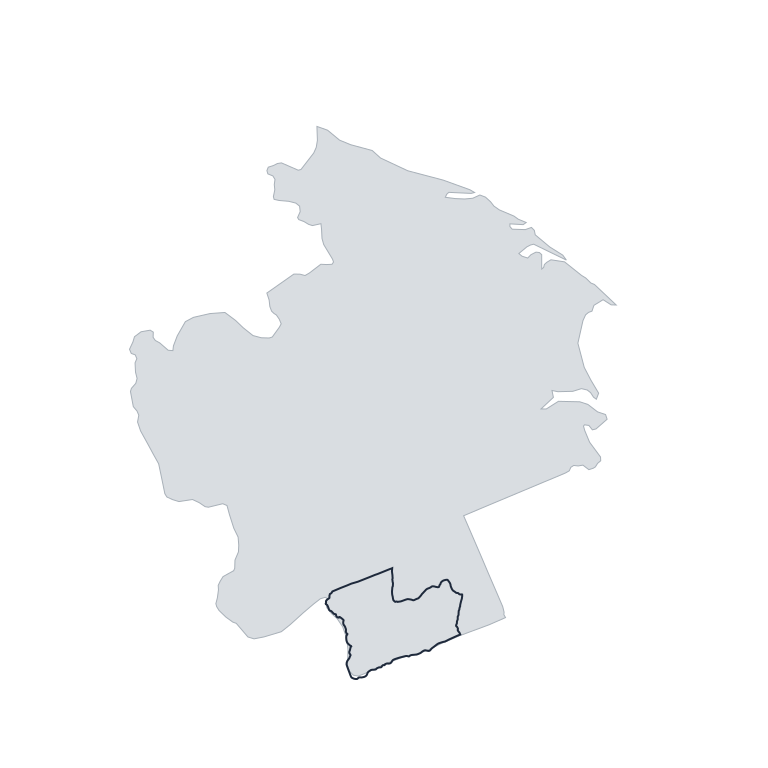 Haut-Ntem, Wouleu-Ntem, Gabon (highlighted), rotated 157°
{"feature_id": "22940354B67631152101375", "entity_name": "Haut-Ntem", "entity_type": "district", "adm_level": 2, "iso_a3": "GAB", "parent_name": "Gabon", "parent_adm1": "Wouleu-Ntem", "projection": "orthographic", "projection_center": [12.589, 1.764], "detail": "fine", "context": "in_parent", "style": "outline", "palette": "slate", "viewbox_px": 768, "rotation_deg": 157, "n_neighbors": 0, "source": "geoboundaries", "source_scale": "gbopen_adm2", "svg_char_len": 7836}
<svg xmlns="http://www.w3.org/2000/svg" viewBox="0 0 768 768"><g transform="rotate(157 384 384)"><path d="M528.0,133.2L527.6,139.2L520.9,153.7L517.7,164.8L516.9,176.7L518.8,186.3L522.0,193.1L524.1,200.6L522.5,205.8L519.3,208.0L521.5,210.6L526.4,211.2L534.7,209.0L547.5,205.0L564.2,199.2L575.3,196.1L593.4,198.1L603.2,200.2L608.1,204.3L613.5,221.4L616.2,223.9L620.6,231.2L624.3,239.9L625.0,244.4L624.6,247.5L620.9,252.3L616.8,259.2L615.3,263.4L611.8,266.5L607.4,269.6L595.3,270.9L593.4,272.7L590.0,280.1L583.6,286.3L580.7,292.3L578.1,300.1L578.6,309.9L577.3,324.0L576.0,333.5L579.2,336.8L593.8,339.2L596.6,341.0L600.4,346.9L605.4,352.5L618.7,355.9L623.8,360.2L628.0,364.8L628.6,368.6L625.5,383.9L622.6,398.6L623.8,409.7L624.8,420.4L626.4,435.9L625.7,445.3L621.9,451.1L621.9,455.6L623.6,461.1L620.3,476.2L618.2,478.7L612.2,481.6L609.1,485.6L608.1,492.0L604.9,500.7L601.6,503.9L601.6,508.0L604.7,510.9L604.7,515.4L598.7,520.8L595.2,525.0L587.2,527.0L578.2,524.9L576.1,521.9L578.3,517.2L577.5,513.4L574.4,509.5L569.5,499.4L565.3,497.2L562.9,501.4L555.5,509.1L542.5,519.0L533.4,519.8L516.6,516.8L502.5,512.0L495.8,500.5L491.7,490.9L485.7,479.8L478.9,474.5L471.7,471.2L468.5,470.9L458.2,477.1L455.1,479.6L455.1,484.7L456.1,489.6L457.7,491.9L459.0,495.0L458.8,499.9L456.9,506.3L456.3,513.5L424.0,520.4L418.4,517.9L414.3,514.7L409.4,515.3L395.4,518.9L390.2,516.4L385.1,514.5L382.8,516.0L382.6,519.1L385.0,535.9L384.2,542.2L381.1,550.6L379.4,556.2L388.0,557.8L391.1,560.5L394.1,564.7L398.2,568.6L398.5,571.0L393.8,575.4L392.2,580.7L394.5,585.0L400.3,589.4L408.8,593.9L413.0,596.9L412.6,599.7L408.6,605.5L407.1,610.4L404.4,614.9L405.0,619.0L408.8,622.8L408.4,626.2L405.8,628.8L400.5,628.3L396.0,628.6L392.0,627.6L379.4,614.3L376.6,613.9L358.4,624.1L353.9,628.3L350.1,634.3L345.1,647.3L336.8,639.7L329.6,625.8L321.2,617.3L303.6,603.5L298.9,593.4L278.8,571.0L249.9,548.6L229.0,529.2L225.8,524.9L229.3,525.4L249.5,535.1L252.2,534.1L254.6,531.9L245.9,526.8L237.5,522.8L229.7,520.3L221.9,520.5L217.6,516.4L214.7,510.1L213.3,504.8L209.8,499.2L198.7,487.7L196.0,483.2L190.0,477.1L193.6,476.3L205.5,482.2L206.6,479.8L205.5,476.4L193.6,470.9L187.1,470.5L185.6,466.7L186.5,462.2L177.9,445.4L169.1,432.8L167.7,426.8L191.6,454.2L194.8,454.7L199.0,454.4L208.9,451.4L207.0,447.7L202.5,443.8L198.2,445.6L192.6,446.0L189.6,444.3L188.3,441.5L193.9,428.2L191.5,428.9L189.7,431.3L186.6,432.4L181.8,433.1L170.1,425.9L159.7,406.7L156.9,402.8L154.1,396.1L151.4,393.4L139.4,366.0L144.0,368.1L149.4,376.0L160.0,374.4L164.1,369.8L167.7,370.0L171.4,368.9L176.1,364.6L189.6,345.8L193.2,321.0L192.0,306.3L190.0,291.7L194.5,287.0L196.3,290.1L197.2,295.3L199.3,299.1L204.1,302.6L213.1,303.5L227.0,309.0L231.9,312.4L233.3,305.5L249.2,299.7L244.4,297.6L230.2,299.9L210.7,291.1L204.3,285.5L198.3,274.9L192.0,269.3L192.4,264.4L206.4,259.8L210.1,260.4L211.6,265.8L215.4,268.1L216.8,267.3L217.4,262.7L217.5,250.1L213.2,232.2L214.5,228.7L218.4,227.5L221.8,225.1L224.2,224.7L228.9,225.1L231.3,229.3L232.6,231.6L237.3,232.7L241.2,234.9L244.6,234.3L247.4,231.7L251.6,231.2L264.3,231.2L275.8,231.3L298.8,231.4L321.8,231.5L344.8,231.6L362.2,231.6L362.1,221.4L362.0,205.6L361.9,186.9L361.9,168.9L361.8,152.3L361.7,132.7L362.6,127.1L363.8,124.8L363.4,121.5L381.2,121.3L413.4,122.8L427.5,122.6L431.5,122.8L449.1,121.9L463.3,123.1L469.4,124.5L474.9,125.2L491.9,126.0L514.2,125.0L521.8,125.2L526.0,127.9L528.0,133.2Z" fill="#d9dde1" stroke="#a8b0b8" stroke-width="1"/><path d="M394.3,159.7L394.5,159.9L395.1,160.1L395.9,160.4L396.4,160.7L396.9,161.2L397.1,161.8L397.2,162.1L397.7,162.8L398.2,163.0L399.1,163.5L399.6,164.4L400.0,165.1L400.5,165.9L401.0,166.5L401.4,167.6L401.6,168.8L401.6,170.1L401.6,171.2L401.5,172.3L401.2,173.2L401.1,174.2L401.1,175.1L401.4,176.6L401.7,177.7L401.9,178.6L402.2,179.0L403.1,179.4L403.8,179.6L405.1,179.8L406.2,179.9L407.8,179.6L409.0,179.1L409.8,178.4L410.3,177.7L411.5,177.1L411.9,176.6L412.3,176.1L412.6,175.8L413.0,175.7L413.9,175.9L414.6,176.4L415.7,177.1L416.5,177.8L417.5,178.4L418.2,178.7L418.7,178.9L419.5,178.9L420.4,178.6L421.9,178.5L424.2,178.6L425.9,178.2L426.8,177.7L428.0,177.2L429.5,176.5L431.0,175.9L432.6,174.9L433.6,174.4L434.7,173.9L435.9,173.4L436.7,173.3L437.4,173.4L438.3,173.4L439.1,173.4L440.6,173.3L441.6,173.5L442.2,174.0L442.9,174.7L444.1,175.5L445.4,176.3L446.4,176.8L448.0,177.0L449.7,177.1L451.7,177.2L453.4,177.3L454.2,177.5L455.3,177.8L456.6,178.1L457.0,178.6L457.5,178.9L458.2,179.0L458.8,179.1L459.3,180.0L459.8,181.2L459.6,182.9L459.1,184.8L458.8,186.7L458.4,188.0L457.7,189.9L456.6,192.0L455.7,193.7L454.9,194.4L454.4,195.4L454.1,196.0L453.5,197.3L453.4,198.4L453.0,199.6L452.7,200.9L451.9,201.9L451.5,203.2L450.9,204.8L450.4,206.7L449.9,208.4L448.4,211.3L453.1,211.4L458.9,211.5L464.2,211.6L466.7,211.8L473.0,211.9L485.2,212.2L488.7,212.6L492.1,213.0L496.7,213.0L503.8,213.2L510.9,213.2L512.6,213.2L513.3,212.6L514.3,212.0L515.9,211.8L516.4,211.1L516.9,210.5L517.2,209.8L517.5,209.1L517.8,208.5L518.4,208.2L519.3,208.0L520.2,207.9L521.2,207.5L521.8,207.2L522.3,206.7L522.6,205.9L522.8,205.3L523.5,204.6L523.5,204.0L523.2,203.7L522.7,202.8L522.6,201.9L522.6,200.3L522.7,198.9L522.7,197.3L522.3,196.4L521.6,195.9L521.1,195.2L520.8,194.3L520.4,193.2L520.0,192.2L519.6,191.7L518.9,191.3L518.3,190.7L518.5,189.7L518.6,188.8L518.4,188.1L518.0,187.4L517.3,186.8L516.8,186.6L516.2,187.0L515.8,186.8L515.5,186.4L515.2,185.9L514.8,185.3L514.4,184.5L514.0,183.7L513.6,182.9L513.5,182.4L513.7,181.9L514.1,181.5L514.6,180.7L514.9,180.0L515.1,179.3L515.2,178.6L515.1,177.7L514.9,177.1L514.8,176.3L514.7,175.6L514.8,174.8L514.8,173.9L514.9,173.0L515.3,172.1L515.5,171.6L515.8,171.2L515.9,170.7L515.9,170.2L515.9,169.5L515.8,168.8L515.4,168.2L515.7,167.7L516.7,167.2L517.3,166.4L517.9,165.3L518.4,163.9L518.7,162.9L518.9,161.5L518.9,160.3L518.7,159.5L518.3,158.4L517.8,157.4L517.3,156.3L516.7,155.7L516.7,155.2L517.4,155.0L517.8,154.5L518.5,153.5L519.6,152.0L520.4,151.3L520.8,150.6L521.0,149.9L521.0,149.3L520.8,148.5L520.7,147.9L520.7,147.5L521.1,147.1L522.0,146.3L522.8,145.4L524.0,144.6L525.2,143.9L526.1,143.3L527.2,142.1L528.0,140.6L528.2,139.3L528.4,136.0L528.6,131.1L528.7,129.4L528.7,127.3L528.5,126.4L528.1,125.9L527.5,125.2L526.6,124.3L525.3,123.5L524.4,123.1L523.9,123.0L522.9,123.3L522.3,123.6L521.7,123.6L520.7,123.3L520.1,123.0L519.2,122.6L517.8,122.3L516.6,122.1L515.1,122.2L513.8,122.7L512.9,123.5L512.0,124.5L510.8,125.2L509.0,125.6L507.7,125.8L506.6,125.6L505.6,125.2L504.5,124.8L503.7,124.6L503.0,124.5L501.8,125.0L500.7,125.1L499.7,125.1L498.7,124.8L497.8,124.5L497.2,124.4L496.7,124.6L496.3,124.9L495.8,125.2L495.2,125.5L494.4,125.5L493.8,125.1L493.1,125.1L492.8,125.4L492.2,125.7L490.8,125.6L490.1,125.4L489.2,124.9L488.3,124.6L487.3,124.5L486.5,124.7L486.0,124.9L485.3,125.4L484.5,126.0L483.6,126.4L482.7,126.5L481.5,126.5L480.0,126.4L477.8,126.2L476.0,126.0L474.2,125.7L472.7,125.5L471.5,125.3L470.3,125.1L469.2,124.7L468.3,124.0L467.6,123.5L467.0,123.5L466.6,123.7L465.9,123.9L464.9,123.8L463.9,123.6L462.7,123.2L461.2,122.7L459.7,122.2L458.4,122.1L456.5,122.1L455.4,122.1L454.5,122.4L453.5,122.7L452.3,122.9L450.9,123.0L449.9,122.7L449.1,122.1L448.4,121.6L447.6,121.0L446.7,120.7L445.6,120.8L444.7,121.3L443.5,121.9L442.0,122.3L440.8,122.6L438.5,123.2L437.1,123.6L435.2,123.9L432.2,123.7L429.9,123.4L428.4,123.1L426.8,123.2L424.2,123.4L415.9,123.6L411.9,123.6L411.7,123.6L411.7,125.7L412.1,126.9L412.3,127.8L412.3,128.8L411.7,129.5L411.5,130.1L411.6,131.3L411.7,132.1L412.1,132.7L412.1,133.3L411.6,134.1L411.1,134.6L410.5,135.1L410.0,136.1L409.6,137.0L408.6,138.0L408.0,138.7L407.5,140.0L407.0,141.1L406.0,141.9L405.3,142.9L404.9,144.0L404.3,145.0L404.0,145.8L403.4,146.4L402.8,146.9L402.5,147.5L402.0,148.3L401.4,149.0L400.7,149.7L400.4,150.5L399.8,151.4L398.7,152.9L397.8,154.1L396.2,156.0L395.6,157.1L395.1,157.8L394.6,158.9L394.3,159.7L394.3,159.7Z" fill="none" stroke="#1e293b" stroke-width="2"/></g></svg>